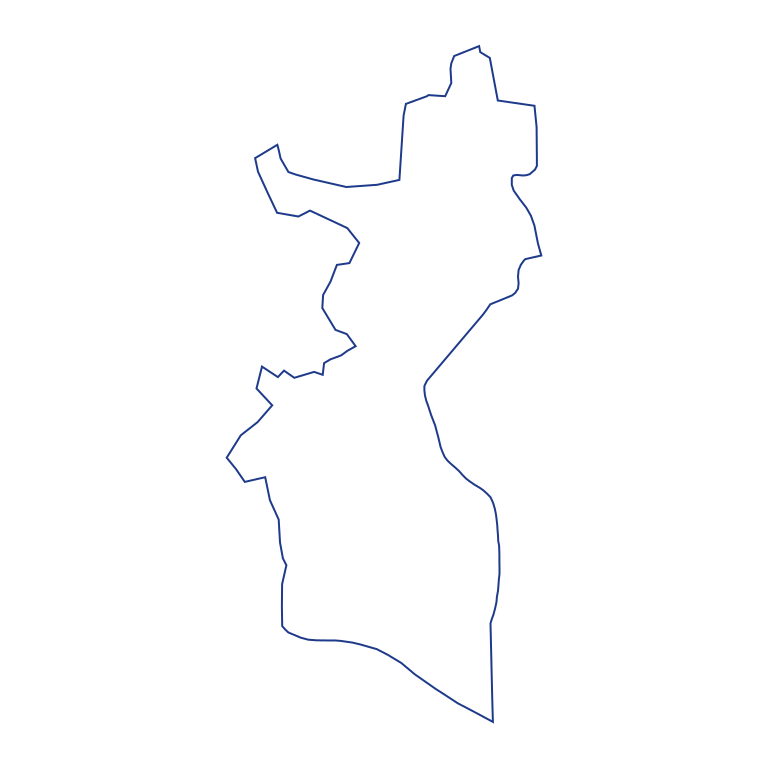 Adh Dhahir, Sa`dah, Yemen
{"feature_id": "15242507B71517716844752", "entity_name": "Adh Dhahir", "entity_type": "district", "adm_level": 2, "iso_a3": "YEM", "parent_name": "Yemen", "parent_adm1": "Sa`dah", "projection": "albers", "projection_center": [43.291, 16.739], "detail": "fine", "context": "isolated", "style": "outline", "palette": "blue", "viewbox_px": 768, "rotation_deg": 0, "n_neighbors": 0, "source": "geoboundaries", "source_scale": "gbopen_adm2", "svg_char_len": 2421}
<svg xmlns="http://www.w3.org/2000/svg" viewBox="0 0 768 768"><path d="M492.9,721.9L492.2,697.0L490.5,623.4L491.5,620.0L493.5,614.4L495.0,608.8L496.2,603.4L496.4,602.7L496.7,599.4L496.9,597.0L498.0,590.7L498.5,584.7L498.9,579.1L499.5,574.0L499.5,568.7L499.5,567.8L499.4,562.2L499.4,557.5L499.4,556.7L499.4,555.4L499.3,551.0L499.1,545.7L498.2,540.6L498.2,540.3L498.0,535.6L497.6,530.8L497.2,524.7L496.6,519.4L496.0,514.6L494.9,509.0L493.1,502.9L492.2,500.9L490.6,497.4L487.3,493.9L483.3,490.3L481.8,489.2L479.1,487.4L474.5,484.7L470.5,481.9L470.1,481.7L466.2,478.7L462.6,475.1L459.1,471.1L455.4,467.7L451.2,464.1L447.5,460.6L444.6,456.8L442.3,451.6L440.5,446.7L439.3,441.5L438.0,436.1L436.7,431.5L436.7,431.4L435.2,425.6L433.3,420.7L431.2,415.2L429.6,410.4L428.1,405.7L426.3,400.9L425.0,395.6L424.4,390.5L424.4,389.2L424.4,386.8L424.4,386.2L424.6,385.5L427.0,380.7L483.3,314.2L487.0,309.1L489.0,306.2L490.3,304.3L512.1,295.4L515.2,292.9L518.0,288.7L518.6,283.2L518.0,276.8L518.6,270.0L520.8,264.9L523.9,260.5L525.4,259.1L541.3,255.5L538.0,243.7L536.4,235.7L534.4,225.5L530.9,215.7L526.3,207.7L519.8,199.3L513.7,190.6L511.8,184.9L511.8,178.1L513.3,175.5L516.7,174.9L522.9,175.5L526.3,175.2L529.7,174.2L535.0,169.6L536.9,165.9L536.9,161.3L536.9,160.1L536.9,159.9L536.6,127.1L534.5,106.1L534.5,105.8L497.8,100.5L489.8,57.9L480.3,52.2L479.1,46.1L454.2,56.0L451.3,63.3L450.5,68.9L451.3,83.0L445.2,96.2L428.4,95.1L427.0,96.2L405.9,103.9L403.6,115.6L399.4,179.9L377.1,184.8L346.3,187.0L322.7,181.6L313.5,179.5L295.2,174.4L288.4,172.0L280.6,158.5L278.7,149.9L277.3,144.8L261.7,154.2L260.9,154.7L260.2,155.1L255.1,158.1L258.0,171.7L267.6,192.7L277.1,212.8L298.4,216.5L310.0,210.6L347.3,228.1L359.2,243.0L349.4,263.1L336.9,264.9L330.5,281.6L323.1,295.0L322.3,308.0L335.5,329.9L346.8,334.1L352.6,342.0L355.6,346.2L347.4,350.8L341.1,355.4L330.5,359.3L324.1,363.1L322.7,374.8L314.1,371.9L294.3,377.8L284.0,370.6L277.9,377.1L262.0,366.6L256.5,388.5L272.2,405.3L257.6,422.1L240.8,435.3L226.7,457.7L236.0,469.1L244.8,481.9L265.2,477.2L269.9,500.1L278.7,519.6L280.0,542.4L282.9,558.4L286.4,565.2L282.1,584.2L281.9,606.2L282.2,626.1L285.2,629.5L288.4,632.5L300.8,637.7L308.3,639.7L316.4,640.3L318.3,640.3L321.0,640.4L335.5,640.5L340.7,640.9L352.6,642.6L360.9,644.6L369.2,647.0L376.7,649.1L387.9,654.9L401.3,663.0L414.9,674.4L435.6,688.9L445.6,695.3L457.8,703.3L471.6,710.5L492.9,721.9Z" fill="none" stroke="#1e3a8a" stroke-width="2"/></svg>